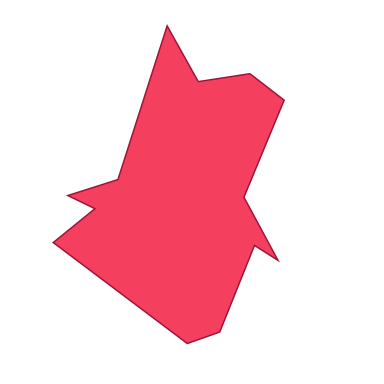 outline of Chair, Butel, North Macedonia, rotated 212°
{"feature_id": "65306769B39088451231406", "entity_name": "Chair", "entity_type": "district", "adm_level": 2, "iso_a3": "MKD", "parent_name": "North Macedonia", "parent_adm1": "Butel", "projection": "robinson", "projection_center": [21.439, 42.011], "detail": "fine", "context": "isolated", "style": "filled", "palette": "rose", "viewbox_px": 384, "rotation_deg": 212, "n_neighbors": 0, "source": "geoboundaries", "source_scale": "gbopen_adm2", "svg_char_len": 333}
<svg xmlns="http://www.w3.org/2000/svg" viewBox="0 0 384 384"><g transform="rotate(212 192 192)"><path d="M115.7,61.0L94.3,88.0L110.7,179.8L82.9,179.6L145.2,215.1L162.5,318.7L205.6,323.0L245.2,288.9L301.1,319.7L261.4,163.3L295.5,123.2L265.5,126.4L282.9,75.6L115.7,61.0Z" fill="#f43f5e" stroke="#9f1239" stroke-width="1.5"/></g></svg>